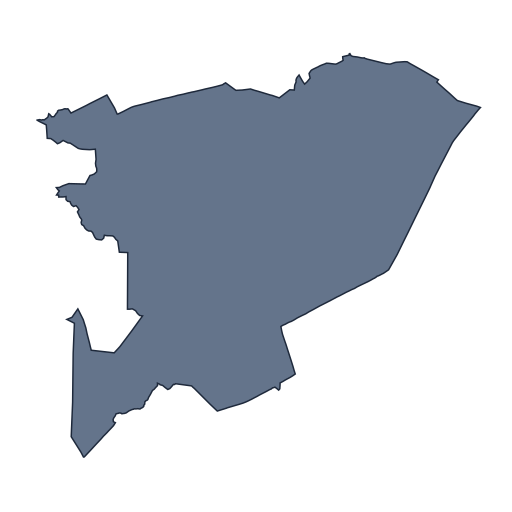 outline of Naivasha, Rift Valley, Kenya, rotated 271°
{"feature_id": "3690345B62093807224644", "entity_name": "Naivasha", "entity_type": "district", "adm_level": 2, "iso_a3": "KEN", "parent_name": "Kenya", "parent_adm1": "Rift Valley", "projection": "mercator", "projection_center": [36.4, -0.881], "detail": "fine", "context": "isolated", "style": "filled", "palette": "slate", "viewbox_px": 512, "rotation_deg": 271, "n_neighbors": 0, "source": "geoboundaries", "source_scale": "gbopen_adm2", "svg_char_len": 5997}
<svg xmlns="http://www.w3.org/2000/svg" viewBox="0 0 512 512"><g transform="rotate(271 256 256)"><path d="M52.0,87.0L52.1,87.8L58.6,93.7L62.2,96.9L65.0,99.4L70.4,104.3L73.2,106.6L74.5,107.9L76.7,110.0L78.3,111.4L83.9,116.5L86.9,118.3L87.8,116.3L90.1,116.0L91.8,116.7L93.5,117.9L95.8,118.9L96.3,121.1L96.7,121.9L96.6,123.1L96.4,124.0L95.9,124.6L96.2,126.2L96.3,127.1L96.6,128.1L96.9,129.0L98.8,131.5L100.3,134.7L100.5,135.5L100.7,136.3L101.1,136.9L101.0,137.7L101.1,139.6L101.3,140.3L101.2,141.1L101.0,142.1L101.1,142.9L101.8,143.7L102.1,144.5L102.6,145.2L103.2,146.0L103.8,146.4L104.7,146.4L105.6,147.0L106.1,147.4L106.8,147.3L107.5,147.4L108.4,147.5L109.4,148.5L109.8,149.5L110.5,150.3L112.8,151.1L115.7,152.8L119.7,154.8L121.1,156.6L122.7,157.9L124.7,159.8L127.1,159.7L126.4,161.2L126.2,161.9L125.6,162.3L125.0,164.9L122.8,167.6L121.0,170.1L121.9,172.1L123.7,173.7L126.2,175.7L126.1,176.9L126.9,177.7L125.0,193.9L123.7,195.2L122.9,196.2L121.8,197.4L121.1,198.1L115.9,203.5L107.1,212.6L100.3,220.0L102.1,225.4L103.3,229.0L103.7,229.9L106.5,238.8L107.3,241.4L108.7,245.6L109.0,246.3L110.0,248.7L110.3,249.3L111.2,251.2L111.6,251.9L112.6,253.9L114.5,257.3L115.5,259.2L116.2,260.4L117.1,261.9L117.8,263.2L118.4,264.3L121.2,269.5L122.2,271.2L123.0,272.7L123.2,273.4L124.5,274.9L124.7,276.1L125.2,277.2L123.7,279.3L122.3,281.0L123.6,282.1L127.2,282.3L129.5,282.3L131.0,285.0L132.7,287.7L135.2,292.2L136.8,294.7L138.7,297.3L142.2,296.1L145.9,295.0L148.6,294.1L151.9,293.0L160.7,290.0L162.7,289.3L168.1,287.5L171.6,286.2L178.1,283.9L181.6,283.0L186.0,282.1L187.3,284.2L188.3,286.5L189.6,288.7L190.5,290.5L191.2,292.4L192.7,295.1L194.9,298.5L197.3,303.1L199.1,306.8L201.0,309.7L203.6,314.4L207.2,320.6L208.5,323.1L213.2,331.9L216.5,337.8L217.5,339.9L219.3,343.2L221.4,347.0L222.7,349.7L224.1,352.3L225.3,355.1L226.9,357.6L228.5,360.7L232.7,369.1L234.1,371.6L234.6,372.4L235.2,373.4L236.0,375.0L236.9,376.3L237.4,377.0L237.9,377.4L238.2,378.5L239.3,380.7L240.0,381.9L240.9,383.7L242.3,385.7L244.5,388.8L259.9,397.1L273.8,403.6L282.0,407.5L289.3,410.9L295.1,413.6L316.8,423.8L325.4,427.8L327.6,428.8L329.1,429.4L339.2,433.7L344.4,436.3L351.2,439.6L367.0,447.5L372.9,450.4L373.6,450.9L374.6,451.5L375.3,452.0L380.6,456.0L383.2,457.9L390.4,463.5L393.6,466.1L396.9,468.7L400.0,471.1L402.0,472.5L404.7,474.7L405.6,475.4L408.4,477.8L409.7,474.0L412.4,463.3L414.8,455.1L415.2,454.3L415.7,453.7L417.6,451.5L422.0,446.6L425.6,442.3L429.5,437.8L433.0,433.8L434.6,434.7L435.4,435.3L436.8,432.7L438.4,429.8L442.2,423.1L444.3,419.3L449.0,410.6L451.0,406.8L452.8,403.8L452.9,401.3L452.3,394.4L452.2,393.1L452.0,392.0L451.5,390.4L451.3,389.8L450.7,388.2L450.4,387.4L450.2,386.5L450.5,382.9L451.5,378.2L454.1,366.9L454.8,363.8L455.5,361.5L456.0,360.9L455.9,360.1L455.9,358.5L456.0,357.8L456.8,353.6L456.9,352.3L457.0,351.6L457.2,349.4L457.8,347.8L458.2,347.3L458.9,347.0L460.0,346.3L459.6,345.6L458.5,345.7L456.8,339.2L455.1,339.3L454.2,339.5L453.2,339.7L452.4,338.7L452.0,338.0L451.7,337.4L450.5,335.1L450.0,334.2L449.6,333.5L449.2,332.1L449.5,329.2L449.9,325.6L450.0,323.0L449.5,322.0L449.1,321.1L448.7,320.0L448.2,318.7L447.9,318.1L447.7,317.5L447.1,316.3L446.0,314.4L445.7,313.7L444.5,311.3L443.7,309.7L443.2,308.8L442.7,308.1L441.9,307.4L439.5,305.9L438.5,306.1L437.9,306.2L434.8,307.0L431.0,304.0L428.7,301.6L431.0,299.9L431.9,299.3L435.4,297.2L437.7,295.9L435.6,294.2L435.0,293.8L434.2,293.4L433.0,293.0L432.1,292.9L431.5,293.0L430.6,293.0L429.1,292.4L427.6,291.8L426.8,291.7L422.6,291.4L422.8,286.9L414.5,276.5L416.8,269.5L417.2,267.6L420.7,255.3L421.7,251.4L422.9,247.6L422.6,245.6L421.7,239.3L421.3,233.0L423.1,230.4L426.9,225.0L428.6,222.6L427.5,220.7L426.9,220.0L426.5,219.2L425.0,214.0L423.8,209.5L422.1,202.4L421.2,199.1L419.2,191.2L418.7,188.7L418.3,187.3L417.9,185.5L416.5,180.4L415.5,175.8L415.3,174.9L414.2,171.4L414.0,170.5L413.4,168.4L412.8,166.1L411.8,161.7L411.6,160.8L411.4,160.0L410.7,157.5L410.2,155.7L409.9,154.8L409.7,153.9L408.7,150.2L408.5,149.3L407.8,147.3L405.3,138.3L403.8,132.5L403.5,131.5L403.2,130.6L402.8,129.6L402.5,128.8L402.2,128.2L401.2,126.3L399.4,123.0L398.2,120.8L395.5,115.4L395.5,114.7L401.6,111.9L414.4,104.1L410.2,96.2L405.4,87.0L403.5,83.6L395.7,68.5L399.8,65.5L399.9,64.8L399.7,64.0L399.8,63.3L399.9,62.7L399.8,61.7L399.0,60.0L398.6,58.2L398.4,57.2L398.4,56.4L397.9,55.6L397.3,55.0L396.3,55.0L395.6,54.4L394.8,53.6L394.2,53.3L393.5,52.8L392.8,52.3L391.9,51.7L391.7,50.8L391.7,50.0L391.6,49.3L392.5,48.6L393.2,47.9L394.0,47.3L394.6,46.3L393.8,46.1L392.9,45.9L392.0,45.8L391.2,45.4L389.8,43.9L389.5,43.3L388.9,42.6L388.5,42.1L388.4,41.4L388.6,40.7L388.4,39.8L388.2,39.1L388.4,38.1L388.6,37.2L388.4,36.3L388.1,35.5L388.3,34.2L386.6,37.3L384.3,42.2L383.8,43.2L383.4,44.0L378.4,44.5L370.0,45.2L369.8,48.8L368.1,51.4L366.2,53.9L364.8,55.5L365.5,57.2L365.9,58.0L366.4,58.7L368.2,61.1L365.8,66.0L365.6,68.3L360.5,76.4L360.0,78.4L359.7,80.5L359.6,82.6L359.4,87.9L359.6,89.9L360.0,93.5L349.8,94.4L345.9,93.9L343.0,94.3L341.1,95.1L339.2,95.3L337.4,95.2L335.2,92.9L334.1,90.4L333.6,88.6L329.5,86.5L325.0,84.2L325.0,78.3L325.1,67.6L322.9,61.7L321.1,58.2L320.9,55.2L318.8,56.8L317.6,58.2L315.6,56.8L313.5,55.5L313.4,57.6L311.5,57.7L311.6,60.0L311.7,62.7L312.1,65.0L309.0,65.1L307.4,66.8L307.1,69.1L305.5,69.7L303.7,70.8L302.3,72.7L303.2,75.2L301.5,76.8L299.3,78.2L297.0,76.7L294.2,78.1L291.9,79.1L290.2,80.5L289.3,81.0L288.5,81.1L287.1,80.7L286.3,80.6L284.4,81.2L283.3,83.1L280.7,84.6L279.1,86.3L278.1,88.2L278.0,90.6L276.6,92.2L274.5,93.2L272.1,94.4L270.1,96.0L269.6,98.6L269.4,101.4L271.2,103.4L274.1,104.0L273.7,106.6L273.7,110.0L273.6,112.4L272.3,114.1L270.3,115.5L268.6,117.5L257.4,119.3L257.2,127.7L241.5,127.9L200.6,128.4L200.6,130.4L201.0,133.3L199.2,136.6L196.5,138.5L194.5,140.7L194.1,143.6L179.0,133.1L165.5,123.3L163.0,121.5L156.7,115.9L158.9,92.9L162.6,91.9L166.9,90.8L175.5,88.4L181.2,87.1L185.6,85.6L189.3,84.4L200.0,78.8L191.5,73.1L189.3,68.0L185.6,75.6L155.7,74.9L106.6,75.2L72.1,74.4L56.8,84.4L52.0,87.0Z" fill="#64748b" stroke="#1e293b" stroke-width="1.5"/></g></svg>